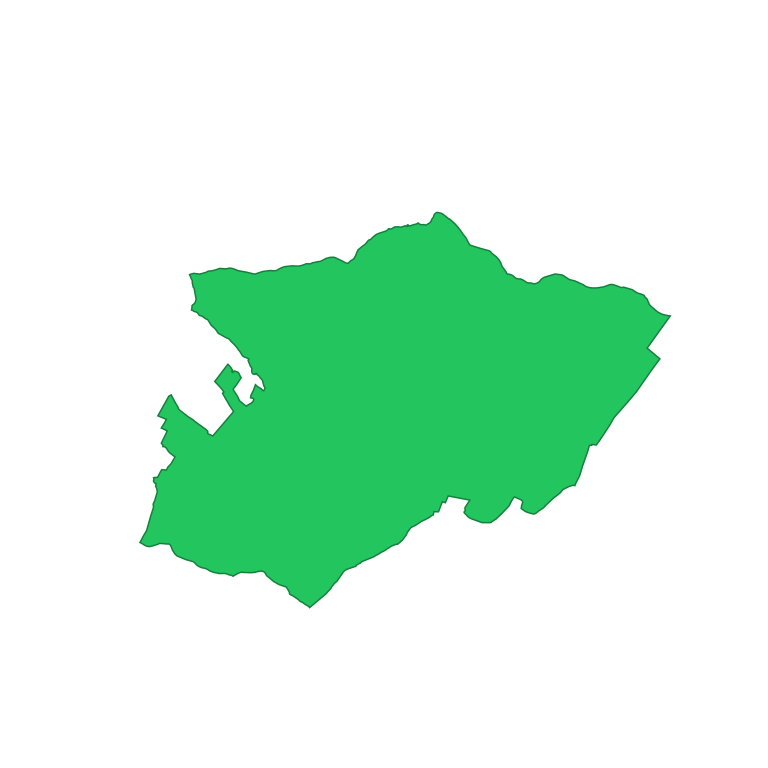 the district of Osesti, Vaslui, Romania, rotated 335°
{"feature_id": "2599482B5127091707181", "entity_name": "Osesti", "entity_type": "district", "adm_level": 2, "iso_a3": "ROU", "parent_name": "Romania", "parent_adm1": "Vaslui", "projection": "equal_earth", "projection_center": [27.44, 46.771], "detail": "fine", "context": "isolated", "style": "filled", "palette": "green", "viewbox_px": 768, "rotation_deg": 335, "n_neighbors": 0, "source": "geoboundaries", "source_scale": "gbopen_adm2", "svg_char_len": 6155}
<svg xmlns="http://www.w3.org/2000/svg" viewBox="0 0 768 768"><g transform="rotate(335 384 384)"><path d="M644.7,477.8L637.6,462.7L672.2,443.3L670.5,442.2L667.0,439.6L664.9,437.6L662.4,434.2L659.1,427.1L658.2,424.6L658.1,423.6L658.3,421.6L658.1,421.0L658.4,418.7L658.2,417.8L657.3,415.7L657.3,414.0L657.0,413.4L656.0,412.1L651.8,408.3L650.6,406.1L649.6,404.8L649.2,403.8L648.6,403.2L642.0,397.4L641.1,397.4L639.4,396.5L635.2,392.2L632.8,390.2L631.0,389.4L624.2,388.8L617.3,386.8L612.8,384.7L610.4,383.0L608.6,381.4L607.5,379.9L606.6,378.3L601.5,372.3L600.1,370.8L596.6,368.1L595.6,366.9L592.5,361.7L591.6,360.5L586.1,356.9L585.0,356.5L574.3,355.0L572.4,355.2L570.4,355.7L567.9,356.9L566.8,357.2L564.8,357.2L562.5,356.7L559.6,354.4L557.5,353.4L556.5,352.6L554.0,348.6L552.7,347.1L551.9,346.3L550.7,345.9L548.4,344.1L547.5,342.7L546.8,340.8L546.0,339.5L544.3,337.7L542.7,336.8L542.0,335.9L541.9,335.5L542.1,334.6L541.9,333.2L540.9,328.5L540.7,327.1L541.0,323.9L540.9,321.4L540.5,319.1L539.5,316.1L537.0,311.2L536.6,309.4L536.2,308.5L535.5,307.6L528.2,301.4L520.9,294.7L520.6,294.0L520.3,292.1L520.0,285.9L518.8,281.0L518.2,277.1L517.5,274.0L516.0,268.8L513.5,262.9L513.1,262.1L512.3,261.6L511.8,260.1L508.6,254.0L505.5,251.4L504.4,250.9L503.6,250.8L501.3,251.5L499.0,253.9L497.9,254.3L494.6,256.9L493.5,257.3L489.0,257.7L487.9,256.6L485.0,255.3L484.1,254.5L483.3,253.4L483.0,252.5L481.1,252.7L476.8,251.9L475.6,251.9L473.4,251.3L473.3,250.5L472.5,250.8L472.6,249.2L472.2,249.9L471.1,250.8L470.0,249.5L465.7,249.1L463.2,247.5L460.1,246.2L456.8,246.5L455.3,246.2L454.1,245.3L453.6,245.3L452.9,245.8L450.6,246.2L443.2,245.3L440.1,245.2L436.4,246.1L432.9,247.4L431.1,247.1L429.7,247.6L426.1,249.4L422.7,250.0L417.3,251.4L414.9,253.3L412.9,255.3L410.3,257.3L409.2,257.9L406.0,258.2L402.3,259.4L401.3,258.8L400.1,257.5L398.0,254.7L393.1,248.8L391.9,247.8L388.6,246.4L384.7,245.7L378.1,246.0L375.3,245.0L373.3,244.7L370.5,243.9L368.5,244.0L367.4,243.7L364.5,242.2L360.1,241.9L356.5,241.1L350.2,237.9L344.0,235.8L341.5,235.4L337.6,235.3L335.5,235.7L334.2,235.6L331.3,234.6L329.2,233.2L321.8,230.8L313.2,229.8L307.0,224.8L299.8,219.7L296.1,215.8L293.4,213.8L289.5,212.9L283.9,209.8L278.8,209.3L275.7,208.6L272.2,207.4L269.9,207.6L263.4,206.5L258.3,203.3L254.0,202.6L253.9,202.8L254.0,205.2L253.8,206.4L253.9,209.6L253.1,210.9L252.0,215.8L252.4,217.0L250.7,223.2L249.7,227.5L247.3,230.4L245.3,231.2L243.8,231.5L243.0,232.0L242.4,233.3L240.8,235.6L241.9,236.8L242.4,237.9L244.2,239.3L245.0,240.5L245.7,243.8L246.1,244.3L247.7,245.4L249.9,249.5L251.3,251.0L251.6,252.2L252.1,257.1L252.7,259.1L254.1,262.1L254.8,265.0L255.0,266.8L255.3,268.1L260.1,274.8L261.5,276.5L262.4,277.2L263.5,281.2L264.6,283.8L266.3,289.6L266.5,291.5L267.2,294.1L267.5,297.8L267.9,299.2L268.8,300.5L270.0,301.6L272.1,304.2L270.8,305.2L270.4,311.9L270.8,312.4L270.8,314.0L269.5,316.3L269.1,318.1L269.4,319.4L270.6,320.6L271.6,320.7L271.6,320.3L273.0,320.6L272.9,321.8L274.2,324.4L274.4,326.3L275.4,329.0L274.5,333.8L274.3,335.7L274.6,336.7L274.5,337.4L272.2,339.3L271.5,338.7L270.6,336.2L268.5,333.2L267.2,330.3L262.8,334.7L258.9,337.8L257.2,340.1L259.6,342.0L259.4,343.0L257.7,344.6L255.1,345.3L251.7,345.5L250.0,346.0L248.8,344.1L246.0,338.1L246.0,332.8L245.1,327.0L245.1,324.9L250.2,322.3L257.2,317.9L257.0,316.3L257.0,312.6L256.4,311.3L254.0,309.0L252.0,309.7L251.2,308.4L252.7,307.6L252.1,305.3L252.3,304.8L251.2,300.7L250.8,300.1L231.7,310.2L234.3,318.1L235.0,320.9L235.5,323.6L233.7,324.2L234.9,337.8L236.0,345.4L206.9,358.7L203.5,354.8L203.3,354.3L203.4,354.0L203.8,353.5L204.3,352.2L203.4,349.9L197.1,338.7L195.4,335.0L193.0,331.5L188.0,321.8L187.3,319.9L187.5,317.8L186.9,311.7L186.5,303.9L183.8,304.1L165.6,317.3L171.8,324.0L168.9,326.3L163.5,329.8L167.8,334.9L157.2,343.5L157.5,345.4L157.9,346.8L157.6,347.2L157.2,347.2L157.2,347.4L158.2,347.8L159.0,348.7L159.7,350.5L160.1,353.9L160.7,355.9L163.8,361.8L157.2,366.3L153.1,367.9L150.8,369.7L150.0,370.0L149.5,369.4L148.1,368.8L146.4,367.7L145.2,368.4L139.3,372.9L136.1,371.6L135.5,371.6L135.6,372.3L134.8,373.6L134.1,374.4L134.0,375.4L134.4,377.0L135.3,378.1L133.9,380.2L133.8,382.8L132.9,386.1L126.8,392.9L124.0,395.3L123.1,398.1L122.4,399.0L116.9,404.9L106.9,416.5L101.9,419.9L98.1,422.9L95.8,424.5L97.3,426.4L98.6,428.5L100.3,430.6L102.7,432.3L106.1,433.0L111.7,433.7L113.3,433.6L114.9,434.6L116.9,435.6L118.9,436.9L121.1,437.9L121.8,438.6L122.2,439.4L122.4,441.2L122.1,444.9L122.6,449.4L123.8,452.4L130.2,459.4L136.0,464.4L136.6,465.4L137.8,469.0L139.1,471.2L141.0,473.3L144.3,475.8L145.7,477.5L147.1,479.8L150.5,483.2L152.3,484.3L154.4,486.1L159.2,488.2L161.2,489.5L163.2,491.8L164.7,492.6L165.9,494.4L171.4,493.9L175.0,494.2L178.7,496.3L183.7,498.8L187.5,500.2L189.3,500.4L192.4,501.2L194.3,502.0L195.6,503.2L196.4,504.9L196.6,508.0L200.6,516.5L204.2,521.5L209.6,526.7L209.8,527.9L210.3,532.5L209.8,533.7L209.8,534.7L210.2,535.5L211.7,537.2L215.0,542.7L216.1,545.5L217.9,547.6L219.0,549.7L221.1,552.8L221.9,554.2L222.1,555.2L242.6,549.7L249.9,546.6L250.4,546.0L255.0,543.7L257.8,543.0L267.4,537.4L269.3,536.6L270.7,536.3L272.9,536.3L281.3,537.3L283.4,536.3L287.1,536.3L288.9,535.6L301.7,536.3L304.2,535.9L306.6,535.9L310.9,535.3L312.4,535.4L315.1,535.2L317.0,534.7L322.5,534.1L327.6,534.4L328.5,535.0L334.5,533.4L340.4,530.2L342.7,528.2L347.8,525.5L352.8,525.4L359.4,524.4L367.6,524.2L371.6,523.4L373.3,523.5L375.3,520.8L379.4,522.9L387.1,515.3L389.4,517.5L394.9,512.6L412.7,525.5L405.2,530.2L404.5,531.5L404.4,532.9L402.4,533.9L402.4,535.0L404.3,540.5L406.4,543.3L414.4,551.2L421.8,554.6L422.6,554.8L423.7,554.3L428.5,553.7L436.0,551.2L445.9,547.3L450.7,543.5L453.8,541.7L454.6,541.6L459.1,546.7L459.5,547.4L459.9,548.6L459.7,549.9L457.5,552.1L455.7,554.8L458.0,558.9L459.5,560.7L462.7,563.6L464.9,565.2L466.0,565.4L467.3,565.3L470.4,564.5L476.4,563.6L479.7,562.2L490.2,558.8L494.3,558.0L497.7,557.1L501.6,555.3L508.0,555.1L512.2,555.6L513.4,556.2L514.0,556.8L516.5,554.5L521.7,550.5L523.1,549.2L528.8,542.8L539.8,531.5L543.9,526.8L544.4,526.6L546.3,527.3L546.9,526.6L550.6,529.0L555.3,526.5L571.8,516.3L578.3,511.7L600.1,502.1L609.7,497.6L632.9,484.2L644.7,477.8Z" fill="#22c55e" stroke="#15803d" stroke-width="1.5"/></g></svg>